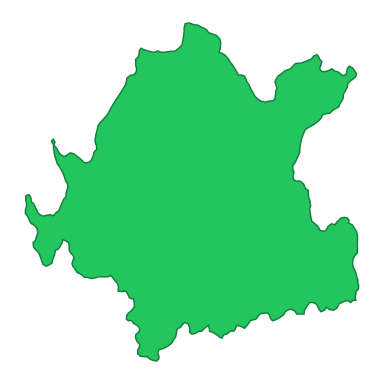 Rio Vermelho, Minas Gerais, Brazil (Robinson projection)
{"feature_id": "56859067B81516280099310", "entity_name": "Rio Vermelho", "entity_type": "district", "adm_level": 2, "iso_a3": "BRA", "parent_name": "Brazil", "parent_adm1": "Minas Gerais", "projection": "robinson", "projection_center": [-43.059, -18.249], "detail": "fine", "context": "isolated", "style": "filled", "palette": "green", "viewbox_px": 384, "rotation_deg": 0, "n_neighbors": 0, "source": "geoboundaries", "source_scale": "gbopen_adm2", "svg_char_len": 5310}
<svg xmlns="http://www.w3.org/2000/svg" viewBox="0 0 384 384"><path d="M355.9,293.9L356.1,291.1L358.2,289.5L358.7,286.2L357.9,282.5L357.8,279.7L356.7,276.7L356.0,273.2L354.8,270.3L353.5,267.8L352.6,264.4L352.8,260.0L354.7,255.8L357.3,253.0L357.4,249.1L357.3,243.3L357.5,239.8L357.5,235.5L356.6,231.9L354.8,228.8L352.4,224.9L348.6,223.0L349.0,220.1L347.2,217.9L343.8,217.4L340.7,218.2L338.8,220.2L336.8,222.1L334.9,224.8L331.5,223.8L328.1,226.3L326.3,229.9L323.6,231.3L320.2,230.4L318.0,226.4L314.8,223.6L311.9,221.3L311.0,217.8L310.3,213.5L309.7,209.4L310.6,205.7L310.0,201.3L308.7,197.1L308.2,193.1L308.4,190.5L305.5,188.6L303.6,184.0L301.3,181.9L299.1,180.9L296.1,181.2L293.3,179.2L293.0,175.8L294.0,172.3L292.7,168.9L292.7,166.0L295.0,162.7L296.6,159.4L298.0,156.3L299.6,152.6L299.7,149.5L300.2,145.7L301.1,140.6L302.3,136.9L303.5,133.7L305.0,130.2L307.1,128.2L310.3,126.5L313.2,125.0L315.6,123.1L318.4,121.1L321.0,118.4L322.4,114.9L326.2,113.6L329.8,113.3L332.8,110.2L335.7,108.6L338.7,107.0L340.0,103.6L342.2,100.4L343.3,97.8L343.3,94.2L345.9,90.1L347.2,87.0L348.0,83.6L350.4,80.8L353.4,78.8L355.8,76.4L356.5,73.8L354.5,70.6L352.4,67.8L349.2,66.2L347.3,68.6L346.6,73.6L343.6,76.0L340.7,73.9L338.0,71.9L334.2,71.0L332.2,68.8L328.4,70.6L325.3,71.6L321.8,71.6L319.5,68.6L320.9,65.2L321.9,61.5L319.7,59.4L318.7,56.9L316.9,54.6L313.8,56.1L311.3,59.0L307.5,60.7L303.6,62.1L301.1,63.2L298.4,63.2L295.3,63.7L292.9,66.0L290.8,68.6L288.3,69.7L285.3,70.6L281.4,73.7L278.3,75.9L276.3,78.8L274.9,81.9L276.3,85.5L276.7,88.6L275.8,91.3L275.5,94.7L275.0,98.7L273.0,100.8L269.4,101.1L264.9,102.2L260.8,101.0L257.5,98.9L254.7,96.0L253.0,92.7L251.1,89.4L249.9,86.6L248.6,84.1L247.0,82.0L245.9,79.1L244.3,75.9L241.1,75.0L238.5,75.0L237.1,72.6L235.7,70.2L234.1,67.5L232.3,64.6L230.4,62.5L229.1,60.2L227.7,58.1L224.6,54.8L221.2,53.1L219.1,52.0L220.1,49.1L220.5,46.0L220.7,42.3L219.8,39.0L217.8,36.8L215.9,35.1L212.2,34.0L208.6,32.6L206.3,29.6L202.9,27.7L200.1,26.4L197.8,25.2L193.6,24.6L189.2,23.0L185.2,23.7L184.1,28.1L184.2,31.7L183.7,35.3L183.2,38.9L182.7,41.7L181.9,44.9L179.9,47.2L177.5,49.3L174.9,51.2L171.3,51.3L167.7,51.8L165.1,52.1L161.6,52.4L157.6,50.9L154.6,52.4L152.0,52.0L148.0,50.9L144.0,49.7L140.9,48.3L139.4,50.5L139.2,53.4L138.2,57.1L135.7,59.2L135.8,62.5L135.7,65.2L136.6,68.6L136.2,71.8L134.1,74.7L130.4,75.4L127.1,77.9L126.2,82.5L125.4,85.1L123.1,88.6L121.1,91.9L119.2,94.9L117.2,98.0L115.1,101.1L113.2,104.2L111.2,107.6L109.4,111.1L107.0,115.0L105.1,117.4L102.6,120.1L99.8,123.0L98.1,125.6L97.4,128.8L96.6,132.2L95.7,135.6L95.2,138.8L95.1,142.3L96.4,145.4L96.8,149.1L94.1,152.0L93.0,156.5L91.2,160.4L89.0,162.3L86.5,162.7L84.1,162.6L82.2,160.7L79.6,158.3L76.7,156.0L73.8,153.9L70.5,152.8L67.2,154.9L64.4,156.5L61.5,155.3L59.3,153.2L58.1,151.0L56.5,148.0L53.7,145.1L53.4,147.8L54.0,150.7L54.6,155.1L56.1,159.9L57.3,163.8L59.4,166.6L61.4,170.2L62.9,172.9L64.2,176.1L65.5,180.6L67.5,184.1L67.8,187.5L66.8,190.6L66.1,193.5L66.1,196.7L63.9,198.9L62.3,202.3L60.7,206.2L59.1,210.1L56.0,212.8L53.3,215.8L50.2,214.7L46.6,215.3L43.1,216.2L39.7,214.5L37.8,212.5L36.5,209.7L35.0,206.6L33.9,204.0L31.4,201.7L30.9,197.8L29.1,194.6L25.9,195.7L25.8,199.9L26.3,202.7L26.7,205.6L25.6,209.0L25.3,213.3L28.1,217.2L29.3,220.2L30.9,223.2L33.2,224.7L35.2,226.0L37.4,229.5L37.6,233.5L36.5,236.5L35.5,240.3L33.1,242.5L33.6,247.3L36.4,250.5L38.8,253.0L40.2,256.4L41.5,260.2L42.9,264.3L46.0,266.2L49.1,264.9L51.9,263.2L52.8,259.1L54.6,254.8L55.3,250.5L58.3,249.1L60.0,246.7L61.8,243.5L63.0,239.7L66.2,241.1L68.8,242.8L69.1,246.7L69.3,250.7L71.0,253.3L72.9,255.0L73.9,257.7L72.8,261.1L72.0,263.7L72.9,266.3L75.1,269.2L77.1,272.5L79.4,273.4L81.6,274.6L84.1,277.1L88.0,277.5L91.5,278.5L95.6,277.8L99.4,276.6L104.4,276.9L108.1,276.7L111.2,275.7L113.4,278.5L115.5,281.3L117.7,283.8L118.5,287.3L118.1,291.0L121.6,291.6L125.8,291.1L127.9,294.3L129.5,298.0L133.3,299.1L134.3,302.8L134.4,306.4L132.8,308.9L130.9,311.1L128.6,312.9L126.8,315.3L126.4,319.4L128.7,320.8L131.5,320.3L133.5,323.3L136.6,325.1L138.9,326.8L139.8,329.6L138.4,332.3L135.9,334.4L135.5,337.7L137.1,341.5L139.7,344.4L139.2,347.4L137.7,350.0L137.8,353.9L140.5,356.3L143.6,356.6L146.9,356.7L150.5,359.4L153.0,360.3L156.4,361.0L158.8,358.9L158.9,356.2L157.8,352.8L158.7,349.7L162.4,348.8L165.5,347.5L168.5,345.7L172.1,342.7L173.7,339.4L175.4,337.4L176.2,334.3L176.6,331.5L177.6,328.5L180.4,327.5L182.3,324.8L184.5,322.5L188.2,323.7L189.8,328.1L189.5,332.1L191.8,334.1L195.1,333.5L198.7,331.3L201.8,331.2L203.8,329.1L206.0,327.1L208.4,325.2L209.2,328.1L209.6,331.3L213.2,332.5L216.8,334.9L219.6,337.1L222.0,338.2L223.5,335.0L227.2,333.8L230.4,331.1L233.9,331.1L235.4,328.8L236.8,325.2L241.4,326.5L244.6,328.3L246.6,326.1L248.3,323.7L250.5,320.6L253.7,319.7L256.2,318.9L258.1,316.2L260.2,313.9L263.6,313.2L267.1,313.0L269.5,314.8L270.5,318.3L272.5,320.8L275.1,320.0L278.1,318.6L280.9,316.8L283.4,315.0L285.3,311.7L288.2,309.9L291.5,309.2L294.7,310.9L296.8,314.0L300.1,314.0L304.0,314.0L304.6,309.8L306.7,306.6L308.2,304.4L309.8,302.4L312.5,302.5L314.9,303.2L317.1,304.9L318.8,308.9L320.8,311.7L324.5,310.2L326.7,307.3L329.4,309.5L333.6,310.2L336.9,308.1L339.1,303.8L342.1,302.3L344.7,301.3L347.6,300.4L350.6,302.5L352.7,300.6L355.9,300.1L355.1,297.3L355.9,293.9ZM53.7,145.1L55.0,142.1L53.2,139.2L51.4,141.2L53.7,145.1Z" fill="#22c55e" stroke="#15803d" stroke-width="1.5"/></svg>